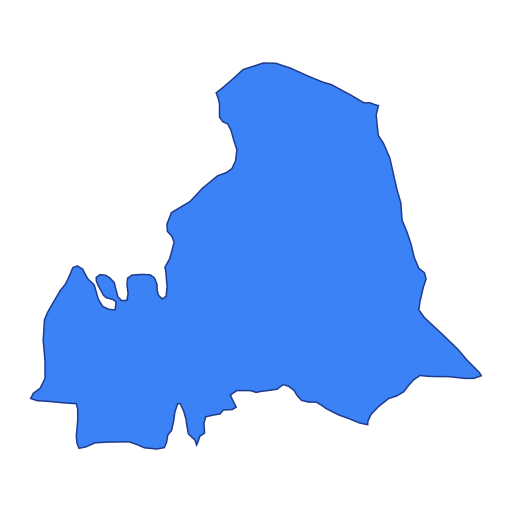 outline of Ljusdal, Gävleborg, Sweden
{"feature_id": "70781695B40946253487831", "entity_name": "Ljusdal", "entity_type": "district", "adm_level": 2, "iso_a3": "SWE", "parent_name": "Sweden", "parent_adm1": "Gävleborg", "projection": "mercator", "projection_center": [15.393, 61.922], "detail": "fine", "context": "isolated", "style": "filled", "palette": "blue", "viewbox_px": 512, "rotation_deg": 0, "n_neighbors": 0, "source": "geoboundaries", "source_scale": "gbopen_adm2", "svg_char_len": 2424}
<svg xmlns="http://www.w3.org/2000/svg" viewBox="0 0 512 512"><path d="M30.7,398.5L37.2,400.7L46.4,401.2L63.2,402.8L76.3,403.7L77.7,409.0L77.7,420.7L76.3,435.9L77.0,443.4L79.0,448.3L85.9,446.9L95.1,442.8L107.5,442.1L128.9,441.8L135.8,444.1L144.5,447.8L156.9,449.0L164.3,447.6L166.6,442.3L167.7,435.2L167.8,435.1L171.6,430.3L173.7,420.7L174.8,412.4L177.6,403.7L180.3,403.7L183.8,411.5L186.1,419.6L186.5,423.2L188.3,433.7L195.1,440.4L196.6,445.0L198.1,441.6L199.9,436.2L204.6,433.0L203.9,423.3L205.7,416.8L213.5,415.0L220.0,414.0L223.2,410.0L232.2,409.6L236.2,407.1L232.2,399.2L230.4,394.9L236.9,390.6L250.2,390.6L256.3,392.4L261.3,391.3L267.7,390.6L277.1,389.2L283.2,384.5L288.6,386.3L293.9,390.3L297.5,396.0L301.5,400.3L308.7,402.1L316.2,402.1L321.6,405.3L326.2,408.6L338.8,415.0L348.9,418.6L359.3,422.9L367.7,424.7L367.9,421.1L371.1,414.3L378.7,406.4L388.7,398.5L396.6,396.0L403.8,391.7L408.8,385.2L413.5,379.9L419.9,375.5L428.2,376.3L437.5,376.6L448.6,376.6L464.8,378.4L473.8,378.4L481.3,375.7L479.4,372.6L467.1,360.2L458.1,349.6L442.4,334.4L424.4,317.6L418.8,309.8L419.9,301.9L423.3,287.3L426.1,278.9L424.4,272.7L418.8,268.3L414.3,257.6L411.0,244.1L407.1,232.4L402.0,220.0L400.9,203.2L397.0,189.7L394.2,177.4L389.8,158.0L383.3,143.0L378.3,135.4L376.9,122.9L376.2,114.6L378.0,107.5L378.4,105.5L377.4,105.5L369.9,102.8L363.9,102.8L351.0,95.2L341.1,89.9L331.3,84.6L322.1,81.9L306.7,75.5L290.4,68.1L275.9,63.3L263.3,63.0L254.1,66.0L243.1,69.5L233.9,78.0L223.1,87.4L216.2,92.8L218.3,98.7L219.5,103.8L219.5,110.4L219.5,117.0L222.6,121.6L227.8,123.9L231.2,130.8L233.7,140.0L236.9,149.8L235.5,161.0L231.9,168.7L226.1,172.7L217.6,175.8L202.8,187.9L190.2,201.4L171.4,212.6L166.9,224.3L167.4,231.4L171.9,236.4L174.1,242.2L171.9,250.7L169.6,258.8L164.9,267.4L165.8,271.1L167.1,287.1L166.1,296.3L162.3,299.0L158.4,295.2L157.2,290.8L157.0,284.3L154.4,277.9L150.2,274.8L141.9,274.4L132.0,275.1L127.6,278.1L127.0,284.9L128.1,293.7L126.9,300.3L121.9,300.7L117.9,297.0L116.8,292.8L115.5,288.0L114.2,282.5L109.6,277.7L105.6,275.3L100.2,274.6L96.2,277.4L96.4,281.2L98.4,285.8L103.2,294.8L106.3,297.7L113.1,299.6L116.0,301.8L115.8,305.1L114.9,310.0L108.7,309.3L102.6,306.4L98.2,299.0L96.6,293.1L94.2,284.9L87.6,278.6L82.6,269.1L77.3,265.9L72.8,267.7L69.6,275.4L65.6,283.9L60.2,290.6L54.4,300.5L47.7,312.1L44.5,319.7L43.2,340.4L45.0,360.5L45.0,378.5L40.1,388.3L33.3,393.3L30.7,398.5Z" fill="#3b82f6" stroke="#1e3a8a" stroke-width="1.5"/></svg>